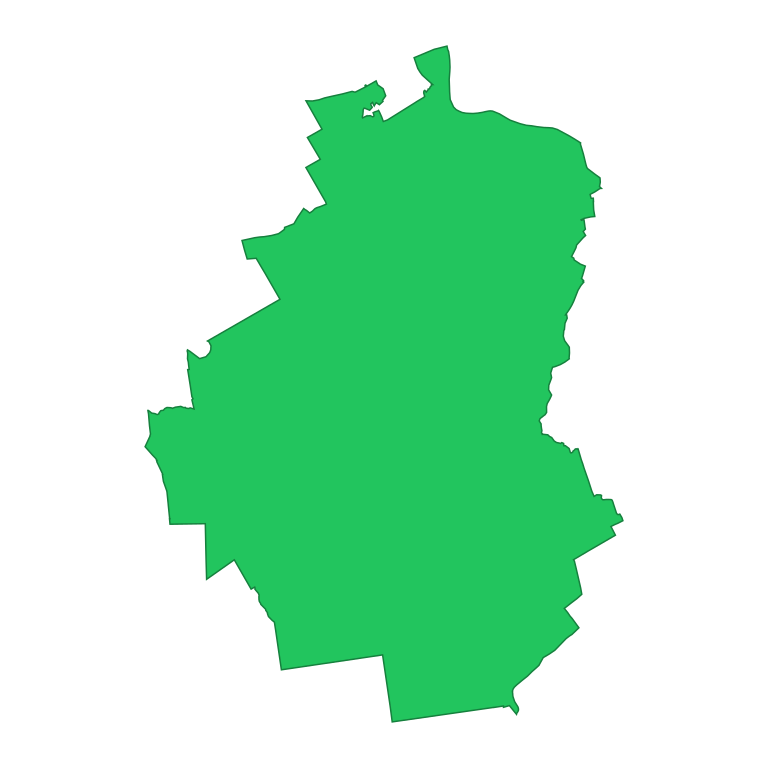 Salas pag., Salas, Latvia (Albers equal-area conic projection)
{"feature_id": "27541924B32123445019652", "entity_name": "Salas pag.", "entity_type": "district", "adm_level": 2, "iso_a3": "LVA", "parent_name": "Latvia", "parent_adm1": "Salas", "projection": "albers", "projection_center": [25.738, 56.452], "detail": "fine", "context": "isolated", "style": "filled", "palette": "green", "viewbox_px": 768, "rotation_deg": 0, "n_neighbors": 0, "source": "geoboundaries", "source_scale": "gbopen_adm2", "svg_char_len": 5950}
<svg xmlns="http://www.w3.org/2000/svg" viewBox="0 0 768 768"><path d="M447.0,46.1L434.2,49.3L414.1,57.7L417.8,68.5L420.0,72.1L422.4,75.3L432.6,84.5L431.4,84.5L431.5,85.8L430.8,86.2L430.3,86.8L429.5,88.6L429.0,88.9L428.3,89.1L428.4,89.3L426.3,92.1L424.8,90.4L423.9,91.1L423.7,92.9L424.7,96.6L423.1,97.8L416.7,101.6L414.9,102.8L387.4,120.0L383.3,121.5L381.7,117.0L379.9,113.0L379.2,111.5L378.5,110.4L377.9,110.9L375.0,111.8L373.1,112.7L374.0,115.3L373.7,116.5L372.6,116.8L370.3,115.7L369.9,115.7L368.7,115.8L366.7,116.1L366.7,115.9L362.6,117.9L362.4,117.6L362.4,116.7L362.6,115.5L362.8,115.0L363.2,110.8L363.1,110.1L363.7,108.6L364.0,108.2L364.7,108.2L369.4,110.1L369.7,110.2L372.2,107.4L372.1,106.9L371.4,105.9L371.2,105.6L370.8,104.1L370.8,103.7L372.6,102.4L373.4,104.5L374.2,105.9L374.6,105.1L376.2,102.7L379.4,104.7L383.0,101.4L382.5,100.4L385.7,95.8L383.1,88.7L377.7,84.9L376.1,80.9L366.8,86.2L366.2,85.3L365.7,85.0L365.1,85.4L365.0,85.6L365.1,86.1L365.6,86.9L355.1,92.2L352.1,91.4L342.6,93.9L331.7,96.3L324.7,97.9L319.1,99.8L312.4,101.0L306.0,100.8L322.0,129.2L307.4,137.5L320.3,159.3L305.9,167.5L325.6,201.8L326.4,204.1L320.3,206.6L317.1,207.6L315.2,208.5L314.4,209.2L312.5,211.1L309.7,213.0L306.5,210.4L304.9,209.5L303.7,208.5L297.8,217.1L293.9,223.8L284.6,227.4L284.4,229.4L280.1,232.6L278.5,233.7L271.6,235.5L264.1,236.7L259.8,237.0L254.8,237.7L242.0,240.5L244.6,250.3L247.2,259.0L256.2,258.3L261.6,267.5L265.0,273.2L280.0,299.3L207.5,341.0L208.6,341.6L209.0,341.9L210.9,345.6L211.0,345.8L210.9,347.0L210.8,349.7L210.0,351.9L209.5,352.9L206.1,356.6L205.8,356.8L199.6,358.6L190.0,351.4L187.5,349.9L187.2,350.8L187.2,351.1L187.6,352.6L187.7,354.3L187.5,358.8L188.3,362.1L188.7,366.0L189.2,369.4L187.7,369.6L190.2,385.2L191.9,396.7L193.0,398.8L191.9,399.8L194.1,409.0L190.2,407.9L188.7,408.5L186.1,408.2L185.3,407.4L183.7,407.6L180.8,406.4L175.3,407.2L172.5,408.3L172.4,408.1L170.5,407.7L167.0,407.5L165.3,408.3L164.6,408.8L163.4,410.3L161.6,410.5L160.8,410.7L159.4,412.4L158.7,413.8L158.7,414.0L157.2,414.6L154.9,413.6L151.7,413.1L148.5,410.5L147.9,410.5L148.5,413.8L149.5,425.7L150.5,434.1L150.0,435.4L150.1,435.9L145.1,446.7L152.6,455.2L155.6,458.3L156.0,458.7L156.5,460.3L157.1,460.4L156.8,461.7L162.3,473.3L162.7,474.4L162.4,474.5L163.4,481.3L166.8,491.0L167.0,492.2L168.2,504.0L168.3,505.3L169.6,518.2L169.7,518.5L170.0,518.6L170.0,518.8L169.5,518.8L170.0,524.2L205.3,523.7L206.1,560.7L206.6,579.3L234.3,559.8L251.1,589.1L254.7,587.1L255.1,588.3L254.9,589.1L255.9,590.4L258.3,593.2L258.3,593.3L259.1,595.0L258.9,596.7L258.9,596.8L259.0,600.0L259.2,600.5L259.3,601.4L260.5,603.3L260.9,604.5L265.5,609.1L265.6,609.3L265.7,609.9L265.9,610.6L266.4,611.2L267.6,613.0L267.4,613.6L268.5,616.6L272.5,620.7L273.2,621.1L274.4,622.2L275.7,630.6L281.4,669.8L382.6,654.9L390.2,706.5L392.2,721.9L493.7,707.4L493.8,707.5L494.2,707.4L503.4,706.0L503.5,706.0L503.5,707.3L509.4,705.6L513.7,710.9L516.5,714.3L516.7,713.4L517.7,711.9L518.3,710.7L518.5,709.9L518.4,708.4L518.0,707.1L517.7,706.5L514.8,701.9L514.4,700.9L513.0,696.7L512.8,695.4L512.7,693.6L512.5,692.0L512.6,691.3L512.4,691.2L512.9,689.6L513.2,688.9L514.3,687.2L516.7,684.9L522.1,680.4L527.5,676.1L532.1,671.5L536.2,667.9L539.0,665.3L539.0,665.2L543.2,657.6L549.3,654.0L554.9,650.2L566.1,638.6L569.6,635.9L571.9,634.5L578.9,627.8L572.3,618.7L569.9,615.9L567.7,612.6L564.3,608.4L571.8,602.5L576.7,598.8L581.8,594.3L580.6,587.7L576.2,568.6L574.4,561.1L573.5,559.7L588.0,551.1L615.4,535.2L611.9,528.3L610.9,526.5L614.9,524.5L617.8,523.3L622.9,520.7L621.9,517.6L619.8,514.1L618.8,514.5L618.0,514.6L617.2,514.1L616.7,513.5L616.5,513.2L613.4,503.8L613.0,502.4L612.2,500.3L611.9,500.0L611.2,499.6L609.1,499.5L606.1,499.5L604.5,499.7L603.0,499.8L602.6,499.6L601.9,499.0L601.6,498.5L601.2,497.3L601.4,496.8L601.5,496.0L601.5,495.4L600.4,494.9L596.6,494.8L594.1,496.4L591.9,491.4L591.4,489.9L588.5,480.9L584.0,468.0L582.8,464.0L581.3,459.8L578.1,448.9L577.9,448.7L577.2,449.3L576.4,448.8L575.3,449.0L574.1,450.4L573.1,451.0L572.9,451.8L572.7,452.0L572.1,452.5L571.2,452.9L570.9,452.9L570.5,452.5L570.1,451.9L569.9,451.0L569.2,448.7L569.0,448.4L565.4,445.7L563.9,445.7L563.6,443.4L561.7,442.6L560.5,443.5L559.5,443.1L556.5,442.5L554.2,441.0L551.7,437.5L549.6,436.5L547.8,434.8L543.3,434.3L542.3,434.4L542.4,433.8L541.6,433.1L541.5,432.8L541.5,432.4L541.7,431.7L541.9,430.3L541.7,429.6L541.4,427.7L541.1,425.2L541.1,423.9L539.2,420.9L540.0,418.6L543.7,415.7L545.1,414.7L546.6,412.4L546.5,406.6L547.2,403.6L549.7,399.2L551.0,396.5L551.6,395.0L548.6,389.8L548.8,385.2L551.0,379.4L551.6,377.6L550.7,373.1L552.5,367.3L555.1,366.6L560.3,364.6L564.8,362.1L569.3,358.8L569.1,357.9L569.5,353.0L569.3,347.2L568.3,345.7L564.7,340.8L564.0,338.6L563.3,336.2L563.6,333.0L563.8,330.6L563.8,330.4L564.4,329.7L565.0,323.3L567.2,318.2L566.7,315.0L565.5,314.9L568.7,310.3L570.3,307.8L572.0,304.8L573.8,301.0L578.0,290.3L580.9,285.5L582.5,283.6L583.8,282.1L583.0,281.5L583.6,280.7L582.2,279.1L581.5,278.6L582.5,275.8L585.3,266.1L580.3,264.1L574.2,260.0L573.8,258.2L571.5,256.6L573.9,252.0L576.0,247.7L576.6,245.0L583.0,237.9L585.6,235.5L583.2,231.5L585.4,229.1L585.0,227.3L584.3,221.9L583.9,219.4L581.4,220.3L581.1,219.7L583.5,218.8L583.9,218.4L590.7,216.9L594.8,216.5L593.7,210.1L593.6,208.4L593.3,201.5L593.5,201.5L593.3,198.2L591.2,198.3L590.9,197.6L590.1,194.4L595.0,191.8L600.0,188.5L601.4,188.4L599.5,186.5L600.3,182.1L600.0,177.9L594.2,173.7L587.6,168.6L586.8,167.4L585.9,164.4L583.4,154.1L580.4,144.0L580.6,142.9L574.8,139.2L569.8,136.2L557.4,129.5L552.5,128.0L548.8,127.7L543.8,127.5L537.0,126.7L531.6,125.8L526.4,125.3L520.1,123.7L510.2,120.2L506.2,117.9L499.5,113.9L492.6,111.1L490.5,110.9L488.8,111.0L485.6,111.6L482.2,112.4L477.8,113.1L473.1,113.5L469.6,113.4L466.0,113.2L462.1,112.5L458.7,111.0L456.2,109.7L453.6,107.1L450.2,99.6L449.9,95.8L449.6,91.6L449.5,87.8L449.2,79.5L449.8,71.4L450.0,67.1L449.7,60.0L449.3,56.2L448.6,51.5L447.7,49.5L447.0,46.1Z" fill="#22c55e" stroke="#15803d" stroke-width="1.5"/></svg>